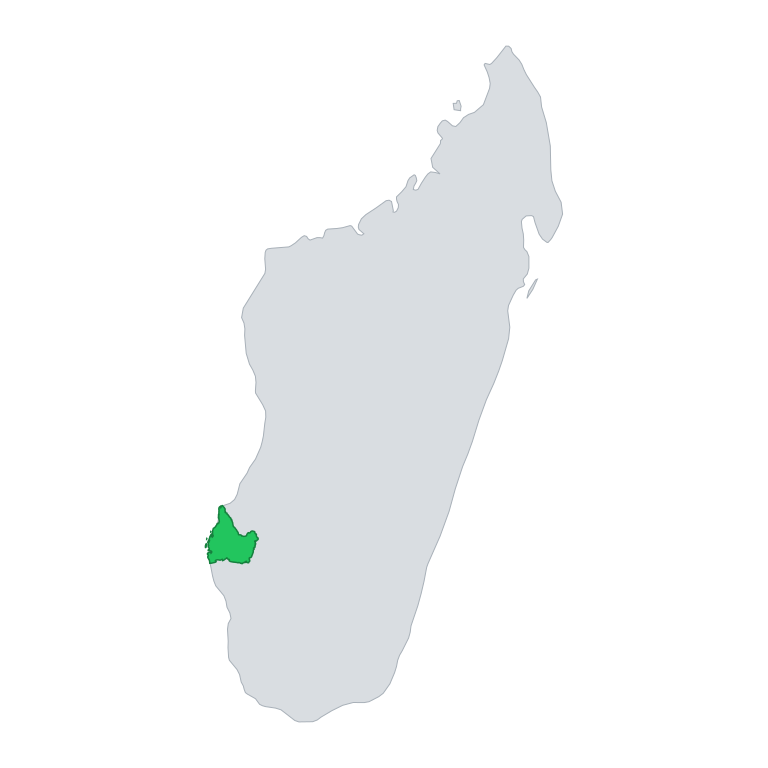 Morombe, Atsimo-Andrefana, Madagascar shown in context
{"feature_id": "10022922B72547257848133", "entity_name": "Morombe", "entity_type": "district", "adm_level": 2, "iso_a3": "MDG", "parent_name": "Madagascar", "parent_adm1": "Atsimo-Andrefana", "projection": "albers", "projection_center": [43.782, -21.873], "detail": "fine", "context": "in_parent", "style": "filled", "palette": "green", "viewbox_px": 768, "rotation_deg": 0, "n_neighbors": 0, "source": "geoboundaries", "source_scale": "gbopen_adm2", "svg_char_len": 8809}
<svg xmlns="http://www.w3.org/2000/svg" viewBox="0 0 768 768"><path d="M521.8,64.3L523.9,69.6L526.4,74.7L534.3,87.1L537.7,92.0L540.5,97.0L541.6,107.0L546.3,122.6L550.3,146.0L550.8,169.8L551.9,180.8L555.3,191.2L561.1,202.2L562.6,214.1L558.3,226.2L552.2,237.5L550.7,239.6L548.0,242.5L546.8,242.3L542.5,239.1L539.1,234.1L535.0,222.5L533.5,216.6L531.6,215.6L526.2,215.9L522.2,219.3L521.4,221.6L522.0,228.1L523.3,234.0L523.7,239.9L523.5,247.4L524.9,249.7L526.9,251.6L528.9,256.6L528.9,268.2L527.3,274.0L523.3,278.9L523.4,281.7L524.7,284.6L523.3,286.3L518.2,288.3L516.1,290.2L513.2,295.2L508.5,305.5L507.7,310.8L509.8,327.2L508.6,338.7L502.3,360.6L498.7,371.0L493.8,383.4L486.4,399.7L478.9,420.2L472.4,441.4L467.8,454.1L462.6,466.6L455.3,488.8L449.1,511.3L440.1,536.1L428.0,563.6L426.7,567.2L424.0,581.4L421.1,593.7L417.8,605.8L411.0,625.9L410.2,632.1L408.6,638.0L402.3,650.6L399.6,655.2L397.7,660.2L396.5,666.5L394.6,672.6L389.9,683.8L383.2,693.3L378.7,696.7L369.0,701.7L364.1,702.6L353.2,702.5L342.7,705.3L331.8,710.7L321.2,717.0L317.2,720.0L312.7,721.7L298.9,721.9L294.8,720.5L281.0,709.8L275.6,708.1L265.5,706.6L262.4,705.7L259.6,704.3L255.5,698.7L247.4,694.1L245.4,692.6L244.2,689.4L243.3,685.9L241.2,682.0L239.6,674.6L237.0,669.5L229.4,660.3L228.6,657.4L228.0,647.7L228.2,641.2L227.5,629.2L228.3,623.5L231.0,618.5L229.9,613.0L227.0,607.2L226.0,601.2L223.9,595.7L215.8,585.9L213.9,581.1L212.6,576.1L209.6,560.5L209.2,555.1L209.6,543.6L210.7,537.7L212.6,533.5L213.1,530.5L214.4,527.8L216.3,525.7L217.6,523.2L220.5,508.5L224.4,505.2L230.1,503.3L234.6,499.5L237.2,494.3L239.9,483.7L247.1,473.1L249.6,467.5L255.5,459.1L260.7,447.3L262.2,441.7L263.4,436.0L264.8,423.4L265.8,417.2L265.6,411.0L262.7,404.7L255.6,393.1L255.4,391.0L256.0,382.4L255.4,376.2L252.8,370.0L249.5,364.2L246.2,353.3L244.6,335.4L244.9,328.9L244.0,323.1L241.6,317.6L243.3,308.1L264.9,273.4L265.6,269.3L264.8,258.7L265.2,252.5L266.0,250.2L267.6,248.9L271.3,248.3L288.8,246.9L291.0,245.8L295.4,242.9L301.5,237.3L304.2,235.7L306.6,236.4L308.1,238.8L310.0,240.1L317.1,237.6L319.8,237.6L322.6,238.1L323.9,235.7L324.7,232.6L325.7,230.3L327.7,229.1L336.8,228.5L342.6,227.7L350.1,225.6L351.7,226.1L357.6,234.1L359.5,234.8L361.8,235.2L363.9,233.8L359.0,229.5L358.3,227.2L358.6,224.5L361.4,218.8L365.9,214.6L375.8,208.1L386.1,200.7L389.1,200.2L391.5,201.5L393.3,210.5L393.0,212.0L394.6,212.3L396.5,211.2L398.3,207.6L398.5,204.5L397.1,201.6L396.5,199.1L396.5,196.9L401.8,191.7L406.0,186.7L408.0,180.6L409.7,177.9L414.1,174.8L415.3,175.4L416.3,177.9L416.8,180.7L415.6,183.3L414.0,186.0L413.3,189.5L415.7,190.2L418.0,189.4L421.5,183.1L425.4,177.1L427.8,174.0L430.7,171.9L435.4,172.5L440.0,173.9L432.7,167.3L431.0,158.5L440.4,143.6L440.6,140.4L441.9,139.5L442.5,138.3L438.0,133.0L437.2,130.4L437.9,126.6L440.3,123.2L442.3,120.9L445.2,120.1L447.5,121.4L452.4,125.8L455.8,126.5L460.0,122.6L463.5,117.7L468.6,114.4L474.4,112.4L483.4,104.7L489.6,88.3L490.2,83.5L489.1,77.6L487.3,72.0L484.1,64.9L485.1,63.4L489.8,64.5L491.5,63.5L496.9,57.6L505.9,46.1L508.7,46.2L511.1,48.5L511.9,51.7L513.5,54.2L519.1,60.0L521.8,64.3ZM460.6,108.9L460.6,110.7L454.1,109.7L453.2,103.4L456.5,103.3L457.2,100.8L459.2,100.5L461.1,106.2L460.6,108.9ZM532.8,289.4L526.9,298.4L528.8,290.8L535.6,279.9L537.4,279.1L532.8,289.4Z" fill="#d9dde1" stroke="#a8b0b8" stroke-width="1"/><path d="M256.1,534.0L255.9,534.1L255.7,534.0L255.3,533.7L255.0,533.1L254.9,532.6L254.7,532.2L254.8,532.0L254.4,531.6L254.1,531.4L253.8,531.4L253.3,531.2L253.0,531.2L252.5,531.0L252.2,531.0L251.5,531.2L250.7,531.7L250.4,532.2L250.2,532.5L249.8,532.9L249.0,532.9L248.6,532.7L248.3,532.7L248.1,532.8L247.5,533.5L247.0,534.2L246.8,534.7L246.7,535.2L246.5,535.5L246.1,535.9L245.5,536.2L243.7,536.4L242.3,536.0L241.9,536.1L241.7,535.9L241.6,535.5L241.5,535.4L241.1,535.1L240.6,534.9L239.8,534.8L239.1,534.8L238.7,534.7L238.4,534.3L238.4,533.8L238.0,532.3L237.2,531.3L236.6,530.1L235.4,528.6L234.9,527.8L234.4,527.3L233.8,526.9L233.3,526.3L232.9,524.6L232.6,522.5L232.1,521.5L231.9,520.4L231.4,520.1L231.6,519.6L231.6,519.4L231.1,519.0L230.7,518.7L230.7,518.0L229.3,516.9L229.1,516.2L228.9,516.0L228.7,515.9L228.2,515.0L227.8,514.7L227.7,514.5L227.1,514.2L227.0,513.7L227.0,513.3L226.9,513.1L226.3,513.0L225.8,512.7L225.5,512.6L225.2,512.4L225.2,512.2L225.5,511.9L225.5,511.7L225.1,511.1L225.0,510.9L225.0,510.5L225.1,510.0L225.0,509.6L225.1,509.2L225.0,508.8L224.7,508.3L223.9,507.2L223.3,506.7L223.1,506.4L222.7,505.7L222.4,505.6L222.0,505.9L221.1,506.3L221.0,507.2L220.9,507.4L220.6,506.5L220.6,506.3L220.6,506.2L220.3,506.4L219.9,506.7L219.4,507.1L219.2,507.5L219.0,507.8L218.8,509.1L218.9,509.5L219.0,510.6L218.9,511.3L218.9,512.9L218.8,513.9L218.5,514.7L218.5,514.9L218.8,514.8L218.8,514.6L219.0,514.7L218.7,515.3L218.6,515.6L218.6,516.1L218.8,516.2L218.8,516.3L218.7,516.4L218.5,516.6L218.5,516.9L218.6,517.4L218.5,517.5L218.4,517.5L218.5,518.1L218.9,518.1L218.9,518.3L218.8,518.5L219.1,519.8L219.2,520.2L219.2,521.3L219.3,521.5L219.2,521.7L218.8,522.9L218.8,523.0L218.4,523.1L218.1,523.5L217.9,523.7L217.5,523.7L217.4,523.6L217.5,523.4L217.3,523.4L217.2,523.5L217.0,524.3L216.4,525.3L216.1,525.7L215.8,526.3L215.2,527.1L214.2,527.9L213.6,528.2L213.3,528.4L213.3,528.6L213.2,528.9L213.2,529.1L212.6,530.8L212.6,533.4L212.5,534.2L212.4,534.5L212.5,534.6L212.8,534.8L213.1,535.2L213.2,535.7L213.1,536.1L213.0,536.3L212.8,536.5L212.7,536.6L212.7,536.3L212.6,536.2L212.4,536.3L212.0,536.7L211.9,536.8L211.7,536.7L211.7,536.3L211.5,535.7L211.6,535.1L211.4,534.7L211.4,534.2L211.0,534.5L211.0,534.9L210.8,535.3L210.9,535.6L210.7,535.3L210.4,535.9L210.0,536.3L210.1,536.7L209.8,537.0L209.7,537.7L209.5,538.0L209.3,538.5L209.2,539.2L209.1,539.4L209.3,539.7L209.4,539.9L209.4,540.0L209.5,540.3L209.5,540.5L209.4,541.0L209.2,541.5L209.0,542.0L208.9,542.1L208.8,542.3L208.7,542.5L208.4,543.0L208.4,543.3L208.3,543.6L208.3,543.9L208.2,544.4L208.3,544.5L208.2,544.8L208.1,545.0L208.3,545.2L208.3,545.4L208.5,545.1L208.7,545.3L208.6,545.5L208.4,545.8L208.3,545.7L208.2,545.8L208.1,546.1L208.4,546.7L208.5,547.0L208.6,547.3L208.9,547.7L209.3,549.0L209.3,550.0L209.1,550.3L209.1,550.5L211.0,551.0L211.5,551.3L211.7,551.6L211.7,552.1L211.6,552.5L211.0,553.2L210.8,552.7L210.4,552.4L208.8,552.3L208.3,552.4L208.2,552.8L208.2,553.0L207.8,553.2L207.8,553.5L207.5,553.6L207.5,553.8L207.7,554.3L207.6,554.5L208.1,554.9L208.2,555.1L208.3,555.4L208.3,555.8L208.2,556.0L207.8,556.3L207.9,556.8L207.8,557.5L208.8,559.3L209.0,559.4L209.1,559.6L209.3,559.8L209.3,560.4L209.6,561.1L209.6,561.4L209.8,563.3L211.3,563.2L213.4,562.7L214.9,562.4L215.7,562.0L216.1,561.7L215.4,560.7L215.6,560.5L215.9,560.2L216.6,560.0L217.4,559.8L218.6,559.9L219.4,560.1L220.5,560.1L221.4,559.7L222.1,559.3L222.6,560.3L222.7,560.6L223.9,560.1L224.8,559.3L226.0,558.7L226.3,558.3L226.6,558.0L226.7,557.9L226.9,557.9L228.1,559.3L229.1,559.4L229.3,559.5L229.1,560.6L229.3,560.8L230.3,561.5L231.2,561.7L233.3,562.1L233.8,562.1L236.9,562.5L238.0,562.8L238.2,562.7L238.6,562.7L238.9,562.5L239.3,562.7L239.7,562.7L240.6,563.3L241.4,563.3L242.0,563.7L242.7,563.3L243.0,562.9L243.8,562.6L244.1,562.7L244.8,562.1L245.3,562.3L245.4,561.7L245.6,561.5L246.2,561.5L246.4,561.7L246.5,561.6L246.7,562.1L246.7,562.4L247.7,562.7L248.6,562.7L248.8,562.2L249.8,561.0L249.7,560.4L249.7,560.1L249.3,559.6L249.3,559.3L249.4,559.1L249.2,558.8L249.3,558.0L249.6,557.7L250.1,557.6L250.3,557.6L250.5,557.7L250.9,557.5L251.2,557.1L251.6,556.7L251.7,556.4L251.8,555.4L252.1,555.2L252.4,554.7L252.5,553.9L252.7,553.5L252.9,553.2L253.0,552.6L253.3,552.0L253.2,550.6L253.6,549.7L253.8,549.5L253.8,549.3L253.9,549.2L254.1,549.1L254.0,548.4L253.9,548.3L253.7,548.3L253.6,548.2L254.2,547.4L254.8,547.4L254.9,547.1L255.0,546.9L255.1,546.0L254.9,545.8L254.9,545.6L255.0,545.5L255.0,545.2L255.3,545.0L255.3,544.8L255.2,544.7L255.7,544.0L255.7,543.8L255.7,543.7L255.4,543.3L255.2,543.3L255.2,543.2L255.3,542.9L255.2,542.6L255.5,541.9L254.7,541.4L254.7,541.2L254.9,541.0L255.4,540.8L256.2,540.9L256.5,540.8L256.9,540.5L257.3,539.9L257.7,539.8L258.0,539.5L258.1,539.3L258.1,538.1L257.9,537.9L257.4,537.8L257.1,537.2L256.6,536.7L256.5,536.4L256.3,535.8L256.4,534.7L256.4,534.3L256.3,534.2L256.1,534.0ZM205.7,547.5L206.0,547.3L206.0,546.8L206.3,546.1L206.2,545.5L206.2,545.2L205.8,545.1L205.7,545.1L205.5,545.4L205.5,545.6L205.5,545.8L205.4,546.5L205.4,547.2L205.5,547.5L205.7,547.5ZM208.8,550.3L209.0,550.2L208.9,549.9L209.0,549.6L208.7,549.5L208.2,550.0L208.2,550.3L208.8,550.3ZM206.0,544.7L206.3,544.6L206.2,544.4L206.3,544.3L206.2,543.9L205.9,544.1L205.8,544.5L206.0,544.7ZM208.1,542.2L207.9,542.2L207.8,542.6L208.1,542.6L208.1,542.4L208.1,542.2ZM211.0,532.6L210.8,532.0L210.9,531.8L210.8,531.7L210.7,532.1L210.9,532.5L211.0,532.6ZM206.7,539.0L206.9,538.8L206.8,538.6L206.7,538.8L206.7,539.0ZM208.3,541.0L208.5,541.0L208.4,540.8L208.3,541.0Z" fill="#22c55e" stroke="#15803d" stroke-width="1.5"/></svg>